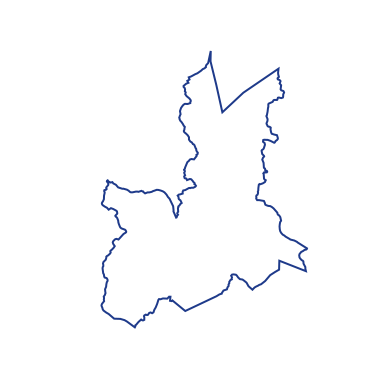 outline of Hueytlalpan, Puebla, Mexico, rotated 335°
{"feature_id": "50627088B78446998147057", "entity_name": "Hueytlalpan", "entity_type": "district", "adm_level": 2, "iso_a3": "MEX", "parent_name": "Mexico", "parent_adm1": "Puebla", "projection": "mercator", "projection_center": [-97.68, 20.051], "detail": "fine", "context": "isolated", "style": "outline", "palette": "blue", "viewbox_px": 384, "rotation_deg": 335, "n_neighbors": 0, "source": "geoboundaries", "source_scale": "gbopen_adm2", "svg_char_len": 6075}
<svg xmlns="http://www.w3.org/2000/svg" viewBox="0 0 384 384"><g transform="rotate(335 192 192)"><path d="M268.6,72.1L261.1,82.0L258.6,83.0L257.5,84.1L257.4,84.7L255.6,85.2L253.6,85.2L251.5,85.9L247.0,86.7L244.8,86.6L240.0,86.9L237.5,86.7L237.3,89.0L234.7,89.3L234.9,91.5L232.5,91.4L229.2,92.3L228.8,93.2L229.3,94.8L229.0,96.3L228.1,97.7L228.4,99.0L227.2,100.5L227.6,102.8L229.2,106.2L229.6,108.3L229.3,109.1L228.4,109.9L228.0,110.7L225.3,110.4L222.8,109.1L221.2,109.3L219.3,110.2L217.6,111.2L215.3,113.6L214.5,116.7L213.3,117.7L211.8,119.3L211.8,120.1L211.5,120.9L211.5,122.4L212.1,124.3L212.5,126.9L212.5,128.3L213.0,130.0L212.3,130.8L211.4,132.3L210.4,133.2L210.2,133.9L210.5,135.0L211.2,136.4L212.1,138.8L212.4,141.1L211.4,143.2L211.8,145.5L212.8,147.0L213.1,149.0L213.6,149.4L214.0,150.5L213.8,153.8L214.0,154.6L213.5,156.2L213.5,157.5L213.9,158.7L213.2,159.9L211.6,160.3L211.6,161.1L211.3,161.4L207.6,163.3L205.5,161.9L204.8,161.8L203.7,161.7L202.5,162.4L200.4,163.0L195.9,167.1L195.4,167.9L194.2,168.4L194.1,168.7L194.3,169.1L194.4,170.0L194.0,170.6L193.0,171.3L192.8,174.0L191.7,174.4L191.4,174.7L191.2,176.4L192.5,177.4L192.5,179.1L195.6,179.3L196.7,180.2L197.4,182.6L197.5,183.6L198.0,184.6L198.1,185.1L197.6,185.8L197.9,186.0L198.2,188.1L197.2,188.6L195.0,188.7L193.1,187.8L191.9,187.7L191.5,187.3L190.9,187.1L186.7,187.4L184.7,186.9L183.5,188.0L182.9,189.5L180.0,189.1L179.1,188.8L177.5,189.2L177.7,190.8L177.2,192.0L177.1,192.9L178.0,194.8L178.0,197.6L176.2,198.0L175.1,198.8L173.5,199.3L173.3,200.0L172.8,200.3L172.4,200.8L171.1,204.1L170.3,204.4L169.6,205.1L169.5,205.6L169.7,206.7L168.8,207.0L167.3,208.5L166.8,208.5L167.0,201.8L167.6,200.7L168.9,196.9L168.8,188.5L168.1,186.4L167.8,183.6L166.9,180.7L165.8,179.0L164.2,177.4L162.4,175.9L160.9,175.1L158.3,174.9L157.2,174.7L156.6,174.8L155.4,174.8L153.1,174.3L151.6,173.6L148.9,173.4L148.0,171.6L147.9,170.8L147.4,170.6L146.7,169.6L143.5,169.2L142.7,168.6L141.2,167.9L138.1,167.2L136.5,166.5L135.8,165.7L135.1,164.0L134.0,162.4L131.2,160.0L130.2,159.6L127.0,156.6L126.1,153.3L124.3,151.0L124.0,149.4L122.3,149.1L120.8,147.2L120.5,145.8L119.8,145.9L119.3,146.5L119.8,148.9L119.1,150.2L116.3,151.6L115.9,152.1L115.9,153.2L114.9,153.6L113.5,153.3L113.2,153.9L112.8,154.0L112.6,155.7L110.7,158.2L109.1,161.3L107.3,162.9L106.1,163.5L105.5,164.2L105.3,165.1L105.5,166.2L106.8,168.4L108.3,170.4L109.0,172.8L111.7,172.4L113.4,174.1L115.3,176.7L115.8,177.8L115.3,179.7L114.9,180.1L112.5,181.1L112.4,181.4L112.5,182.1L113.0,183.0L113.2,184.0L113.0,186.8L112.5,188.1L112.2,189.8L112.0,193.1L112.1,194.0L112.7,195.2L115.3,197.8L115.6,198.5L115.7,199.9L115.3,200.6L114.7,200.8L112.2,201.1L105.3,204.0L103.8,202.6L103.0,202.4L102.1,202.4L100.0,203.2L99.3,203.7L98.8,204.4L98.7,206.1L99.1,208.4L97.5,209.4L95.0,210.4L93.3,210.8L92.9,211.2L92.7,212.5L91.7,213.2L89.3,214.0L87.8,214.1L87.0,214.4L86.6,215.3L85.2,216.9L82.2,218.0L81.1,219.2L80.8,220.6L80.2,221.8L79.3,222.4L78.6,223.6L77.2,228.1L77.3,229.5L76.7,231.5L76.7,232.6L78.2,233.9L78.4,234.8L78.3,236.2L77.7,237.1L76.7,237.7L75.4,239.4L74.1,241.6L72.1,243.4L71.2,245.9L70.9,247.1L70.3,247.6L69.8,248.3L67.8,249.5L67.5,250.9L66.6,252.3L66.2,253.8L63.2,255.3L62.1,256.4L61.9,257.1L61.8,259.2L61.5,260.6L61.7,262.0L63.3,265.0L64.9,267.3L67.9,273.9L73.4,276.7L76.7,279.6L78.3,281.9L83.0,290.5L83.8,289.9L84.3,288.9L85.3,288.7L88.5,287.2L92.0,286.1L92.6,287.1L93.3,287.7L94.7,287.7L95.8,285.5L96.0,284.2L96.7,283.7L98.3,283.6L99.2,284.5L100.1,284.7L102.2,283.5L103.6,283.7L104.6,285.0L106.2,284.8L108.1,282.8L110.3,281.3L113.2,278.6L115.9,275.6L116.9,275.1L118.1,275.9L120.7,276.2L124.6,278.2L127.0,277.2L128.2,277.8L126.1,281.3L127.5,282.3L128.4,282.0L135.6,297.0L170.1,296.8L173.6,296.4L176.0,296.7L176.3,296.2L178.9,294.6L182.5,295.0L183.9,293.4L185.5,292.6L186.0,291.3L187.3,290.4L187.7,289.3L189.5,288.1L191.1,288.0L191.1,287.5L192.2,286.3L192.1,284.4L193.4,283.8L194.8,284.2L196.8,285.5L197.3,286.6L197.7,289.0L198.3,290.5L198.6,291.2L200.8,292.7L201.9,294.7L203.1,297.2L203.4,301.3L205.5,306.1L208.3,305.0L210.0,304.8L212.3,304.8L213.7,304.6L215.6,304.8L220.7,303.6L227.7,300.4L233.5,299.6L238.1,299.2L242.1,291.2L261.8,311.9L262.3,309.5L263.0,307.9L262.8,304.1L263.6,301.9L263.3,301.0L262.6,300.1L261.9,297.8L261.8,296.7L262.4,294.7L263.2,293.7L265.6,292.5L267.8,292.4L269.7,292.0L270.8,292.4L271.8,292.3L272.4,291.7L266.4,282.4L266.1,281.6L264.2,279.2L261.0,276.6L260.8,276.1L257.9,271.9L257.3,270.5L256.2,269.0L255.5,266.6L255.4,264.7L255.8,262.9L256.8,260.2L258.0,258.2L259.2,256.5L260.6,255.7L261.4,252.1L261.1,250.1L260.3,248.8L260.3,247.8L260.6,246.8L259.0,241.3L258.0,239.3L257.0,237.9L255.2,236.8L253.7,235.3L253.1,234.4L253.4,232.5L253.4,230.5L249.5,227.8L247.6,226.9L247.4,225.1L248.0,224.3L248.2,223.4L248.9,222.4L250.3,222.1L251.2,221.1L251.6,220.5L251.7,219.7L252.7,218.6L253.8,216.5L255.6,213.7L256.5,213.3L257.0,213.8L259.7,214.1L262.3,213.8L263.8,212.5L263.2,211.7L262.9,210.4L264.6,205.9L264.5,205.3L265.6,204.7L266.4,205.2L268.1,205.8L268.7,205.5L268.8,204.8L268.6,204.3L267.5,203.4L268.0,201.9L268.0,201.5L267.5,200.7L267.5,200.2L269.2,195.8L269.4,192.3L270.9,190.9L272.4,190.3L272.5,189.6L271.7,187.2L272.5,184.0L273.0,183.6L274.7,183.3L275.5,182.8L278.1,180.0L278.5,178.3L277.6,176.5L278.5,175.0L279.4,175.1L282.7,176.8L284.8,178.9L287.3,182.1L287.9,182.1L289.4,181.1L291.1,180.8L292.3,180.1L292.7,178.9L293.0,176.4L290.8,174.7L288.9,172.9L288.9,171.4L289.6,168.6L289.9,167.8L290.5,167.2L290.5,166.7L289.9,165.7L288.9,165.1L288.4,164.3L288.4,161.6L288.7,161.1L290.4,159.5L291.3,157.9L291.5,154.6L292.1,154.3L294.4,151.2L296.5,147.8L297.1,147.2L298.2,144.8L298.8,144.3L303.1,144.4L304.7,143.3L305.0,143.3L305.4,143.3L307.9,144.5L308.3,144.4L309.7,142.9L310.7,143.1L312.5,144.6L313.0,144.7L314.3,144.8L314.9,144.1L316.0,142.0L317.5,140.8L317.6,139.5L317.4,139.0L315.9,137.6L315.7,136.4L317.9,132.9L317.3,130.7L318.9,129.2L319.1,128.8L318.7,127.5L317.4,126.2L317.4,125.5L317.9,124.9L319.4,124.4L319.8,122.0L320.3,120.5L322.5,116.8L280.5,123.7L253.2,132.6L259.3,105.1L264.0,81.4L268.6,72.1Z" fill="none" stroke="#1e3a8a" stroke-width="2"/></g></svg>